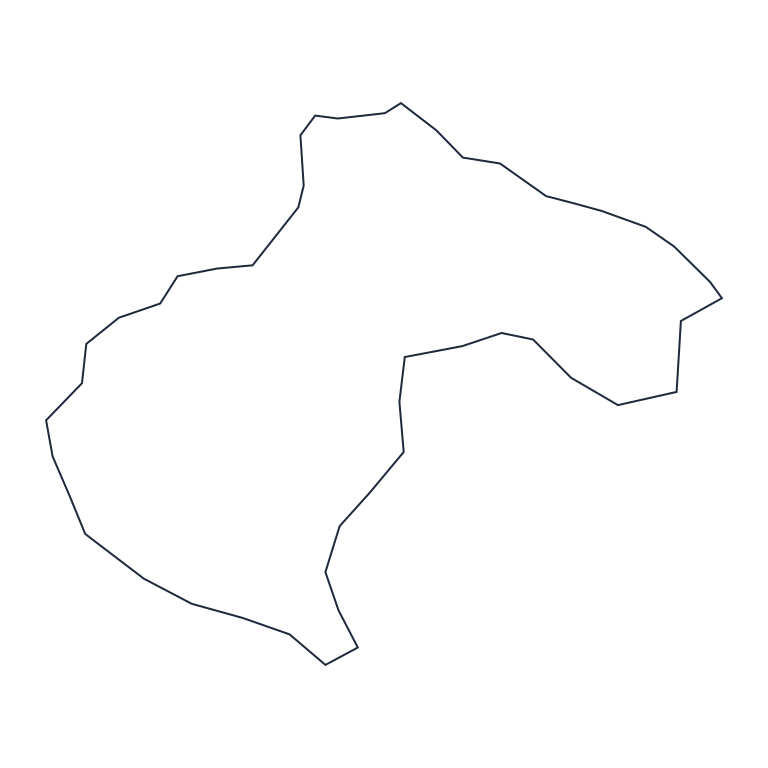 outline of Kouka, Limassol, Cyprus
{"feature_id": "46923920B99652705680289", "entity_name": "Kouka", "entity_type": "district", "adm_level": 2, "iso_a3": "CYP", "parent_name": "Cyprus", "parent_adm1": "Limassol", "projection": "mercator", "projection_center": [32.894, 34.853], "detail": "fine", "context": "isolated", "style": "outline", "palette": "slate", "viewbox_px": 768, "rotation_deg": 0, "n_neighbors": 0, "source": "geoboundaries", "source_scale": "gbopen_adm2", "svg_char_len": 744}
<svg xmlns="http://www.w3.org/2000/svg" viewBox="0 0 768 768"><path d="M315.2,115.6L300.4,135.3L303.7,185.6L298.3,207.4L252.6,265.3L216.7,268.6L177.6,276.2L160.2,303.5L118.9,317.7L86.3,343.9L82.0,383.2L46.1,420.3L52.6,456.4L70.0,496.8L85.2,533.9L94.8,541.3L143.9,578.7L191.7,603.8L242.8,618.0L289.6,634.4L325.4,664.9L357.8,647.5L338.5,610.3L325.4,572.1L339.6,526.3L340.5,525.2L370.0,492.4L403.7,452.0L399.4,401.8L404.8,357.0L462.4,346.1L501.5,333.0L533.1,339.5L571.1,377.8L617.9,405.1L676.6,391.9L680.9,321.0L721.9,298.2L710.1,282.0L674.1,246.5L645.8,226.9L601.5,210.9L575.6,203.8L546.1,196.1L500.0,163.5L462.9,157.6L436.3,130.3L400.9,103.1L385.0,113.1L380.4,113.7L337.8,118.5L315.2,115.6Z" fill="none" stroke="#1e293b" stroke-width="2"/></svg>